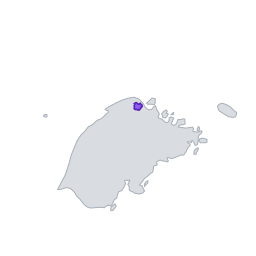 Gimhae-si, South Gyeongsang, South Korea (highlighted), rotated 230°
{"feature_id": "91817680B1708787718818", "entity_name": "Gimhae-si", "entity_type": "district", "adm_level": 2, "iso_a3": "KOR", "parent_name": "South Korea", "parent_adm1": "South Gyeongsang", "projection": "equal_earth", "projection_center": [128.865, 35.269], "detail": "fine", "context": "in_parent", "style": "filled", "palette": "violet", "viewbox_px": 256, "rotation_deg": 230, "n_neighbors": 0, "source": "geoboundaries", "source_scale": "gbopen_adm2", "svg_char_len": 4051}
<svg xmlns="http://www.w3.org/2000/svg" viewBox="0 0 256 256"><g transform="rotate(230 128 128)"><path d="M81.3,63.2L82.1,62.5L82.1,61.6L82.2,58.6L84.5,56.5L87.7,52.2L89.3,49.8L91.1,47.6L93.2,46.2L95.2,45.5L98.4,45.2L104.5,45.4L105.7,45.2L110.0,45.0L111.0,45.4L114.1,45.6L117.5,45.3L119.2,44.7L120.8,43.6L122.3,41.7L123.7,38.1L125.3,35.2L126.2,34.7L132.4,49.8L138.4,59.6L143.5,66.7L150.8,80.4L153.0,87.8L153.2,92.3L154.5,98.6L153.4,102.2L153.7,107.9L153.3,110.8L152.4,113.0L152.4,117.1L152.7,119.4L152.7,122.3L153.3,123.4L154.1,123.9L155.5,122.8L157.1,122.4L156.8,125.9L154.9,134.9L153.2,141.4L150.8,147.1L147.8,152.3L144.2,154.4L141.7,155.1L136.9,155.4L132.9,154.5L129.5,155.1L128.1,156.2L127.0,158.1L127.8,161.0L127.7,163.1L126.2,162.9L123.3,161.7L120.1,161.5L118.6,160.9L117.0,157.9L115.5,158.0L112.8,159.8L108.6,160.2L107.2,161.2L106.7,162.4L107.2,164.0L109.3,166.2L108.6,168.3L106.4,169.4L104.7,166.7L103.6,164.2L102.4,164.0L100.5,164.8L100.1,167.5L101.0,169.4L102.4,171.6L100.4,174.1L99.8,175.9L98.3,177.2L94.4,174.4L95.0,172.3L96.7,170.4L96.9,168.3L96.4,167.1L90.7,172.3L87.1,178.1L85.3,177.7L84.5,176.2L83.4,175.6L79.6,179.3L78.9,182.3L77.5,182.4L76.9,181.2L76.9,178.5L76.2,176.2L72.4,172.9L70.6,170.0L71.6,168.3L74.8,169.2L77.4,169.1L76.9,167.7L76.1,167.1L77.8,166.3L79.3,164.7L78.1,164.3L76.3,165.2L74.8,164.7L74.2,160.9L72.4,157.1L71.5,153.3L73.3,151.1L74.3,147.7L76.0,142.9L76.9,141.3L79.2,140.1L80.1,138.9L78.8,138.2L76.7,137.7L76.8,136.2L78.2,135.5L79.8,133.9L82.8,132.0L83.8,128.5L82.9,127.6L81.0,126.8L81.5,125.0L82.3,123.6L82.0,122.8L79.8,120.5L78.3,118.4L78.8,116.0L78.5,112.4L78.7,109.3L78.6,107.7L77.6,104.0L77.1,100.3L75.7,100.8L74.6,101.7L70.5,100.4L69.2,100.4L68.7,97.6L70.2,94.2L73.7,91.2L75.7,90.9L77.2,89.6L79.6,89.1L82.4,91.2L84.9,91.6L86.3,95.1L87.1,95.8L87.3,94.5L89.4,93.0L89.9,91.9L89.4,91.3L87.1,90.6L85.0,86.3L84.8,84.4L84.0,83.2L85.2,79.7L82.8,75.8L81.6,74.6L81.8,71.0L80.6,68.8L79.9,67.5L79.5,65.4L79.8,64.4L80.9,64.1L81.3,63.2ZM71.7,220.5L70.6,221.3L69.5,220.8L69.2,220.5L67.9,218.5L67.5,217.4L68.4,215.5L72.1,212.2L81.6,209.1L83.3,209.0L87.0,210.3L87.7,212.8L87.0,215.0L86.2,216.4L81.8,218.8L78.5,220.0L71.7,220.5ZM135.5,165.6L133.0,167.7L129.7,164.9L128.9,163.3L131.4,161.0L133.6,158.3L135.0,158.1L135.5,165.6ZM117.8,165.3L117.5,168.7L115.6,168.9L114.5,166.7L113.4,167.8L112.8,167.8L111.8,165.1L111.7,163.0L113.9,161.4L115.2,162.3L117.1,162.8L117.8,165.3ZM69.7,180.5L68.0,181.0L67.1,179.8L66.4,179.5L66.8,177.9L69.6,174.8L70.1,173.8L72.6,174.4L73.6,176.0L72.4,178.5L69.7,180.5ZM78.4,64.7L78.2,69.2L76.8,69.0L75.8,68.6L75.4,67.7L74.5,63.5L75.6,61.8L77.7,63.2L78.4,64.7ZM68.2,167.9L67.9,168.8L66.7,168.5L65.6,166.1L65.1,164.2L64.0,163.2L65.8,161.6L68.2,164.5L68.2,167.9ZM75.3,107.2L74.9,109.4L73.2,107.9L72.7,103.1L74.5,104.5L75.3,107.2ZM191.6,73.5L190.4,74.5L189.0,73.5L188.8,72.4L189.6,71.5L191.2,70.9L192.0,71.7L191.6,73.5ZM83.3,181.4L83.7,183.1L81.6,182.7L80.5,181.1L80.7,179.8L81.9,179.6L83.3,181.4ZM110.8,172.0L110.5,173.0L109.2,171.4L110.5,169.6L110.8,172.0Z" fill="#d9dde1" stroke="#a8b0b8" stroke-width="1"/><path d="M139.0,145.2L138.3,145.1L138.1,145.4L137.6,145.5L137.2,145.6L136.7,146.6L136.3,146.7L136.2,146.7L135.9,146.7L135.7,147.3L135.5,147.8L135.3,147.8L135.1,147.5L134.8,147.6L134.8,148.2L134.5,148.2L134.5,148.6L134.7,148.8L134.8,149.2L134.7,149.9L135.1,150.5L135.0,151.1L135.0,151.5L135.5,151.7L135.7,151.9L135.6,152.1L135.5,152.3L135.5,152.8L135.7,153.1L136.4,153.1L136.7,153.4L136.8,153.5L137.3,153.3L137.9,153.3L138.1,153.2L138.5,153.0L139.0,153.3L139.2,152.8L139.2,152.5L138.9,152.2L138.9,151.8L139.0,151.5L139.5,151.5L139.8,151.2L140.2,151.2L140.5,151.1L140.8,150.8L141.1,150.8L141.5,150.9L141.9,150.9L142.1,150.8L142.3,150.6L142.5,150.1L142.6,149.2L142.5,149.3L142.4,149.0L142.2,148.7L141.9,148.5L141.8,148.3L141.6,148.2L141.5,147.8L141.3,147.3L141.2,147.1L140.9,147.0L140.6,146.8L140.5,146.7L140.4,146.6L140.3,146.4L140.2,146.3L140.0,146.2L139.8,146.1L139.5,146.1L139.3,146.0L139.2,145.9L139.0,145.5L139.0,145.2L139.0,145.2Z" fill="#8b5cf6" stroke="#5b21b6" stroke-width="1.5"/></g></svg>